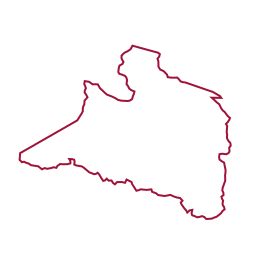 Altamira do Maranhão, Maranhão, Brazil, rotated 276°
{"feature_id": "56859067B15453031622784", "entity_name": "Altamira do Maranhão", "entity_type": "district", "adm_level": 2, "iso_a3": "BRA", "parent_name": "Brazil", "parent_adm1": "Maranhão", "projection": "robinson", "projection_center": [-45.508, -4.137], "detail": "fine", "context": "isolated", "style": "outline", "palette": "rose", "viewbox_px": 256, "rotation_deg": 276, "n_neighbors": 0, "source": "geoboundaries", "source_scale": "gbopen_adm2", "svg_char_len": 2687}
<svg xmlns="http://www.w3.org/2000/svg" viewBox="0 0 256 256"><g transform="rotate(276 128 128)"><path d="M170.1,80.1L167.2,79.9L165.4,80.9L163.2,82.0L160.8,81.1L158.7,81.2L156.6,83.0L154.3,84.5L150.6,81.9L147.0,82.1L144.7,81.2L142.1,81.0L140.2,81.3L138.2,80.7L130.3,76.8L126.3,71.3L102.3,38.0L101.0,36.3L96.3,29.7L95.1,28.0L93.1,25.3L91.8,23.4L85.0,23.5L82.9,26.1L83.6,28.1L82.9,29.9L82.2,33.1L80.9,35.3L80.5,42.8L77.9,46.8L79.4,49.2L79.0,52.1L80.2,55.9L81.2,58.2L80.9,60.9L82.7,61.6L85.1,64.2L85.1,66.9L85.7,71.6L86.8,74.4L89.1,74.2L91.0,72.8L91.2,75.3L90.9,77.7L89.1,78.4L86.0,78.4L85.3,80.9L85.0,86.0L83.7,88.5L79.9,94.1L79.3,96.5L78.5,99.0L79.1,101.0L80.3,102.5L78.9,104.1L75.4,106.7L72.8,108.9L73.6,110.8L75.4,112.1L73.6,114.3L74.1,117.1L71.8,118.9L70.6,120.9L73.1,122.8L73.6,127.6L73.2,130.8L76.6,132.0L74.7,137.1L72.5,138.1L69.2,140.8L66.5,142.9L67.3,145.2L68.3,146.8L68.4,153.1L69.4,157.7L67.1,158.6L66.0,162.7L64.5,165.0L64.3,168.8L64.2,171.5L65.9,177.2L64.8,180.3L64.0,183.8L63.8,187.1L61.4,189.8L59.4,188.3L57.8,189.1L55.9,190.7L53.5,192.9L52.2,194.4L50.1,195.8L52.5,197.9L53.3,200.5L49.8,200.1L47.9,201.0L47.3,203.7L46.4,206.1L47.1,208.6L48.1,210.8L47.4,213.3L45.7,215.3L46.2,218.5L46.7,221.0L47.7,222.6L49.0,225.4L50.3,226.7L51.8,228.3L53.2,229.6L55.2,230.6L57.3,232.6L59.6,231.7L61.2,230.3L63.2,229.9L65.6,230.2L67.7,228.7L69.5,228.1L71.2,230.0L73.7,229.6L75.7,228.3L78.4,228.4L85.7,230.2L88.3,229.9L91.0,229.5L93.8,229.6L96.6,229.4L100.2,228.2L103.6,227.2L104.7,224.8L106.2,222.3L108.8,221.6L111.6,221.8L112.3,224.7L112.1,228.3L113.4,230.4L115.1,231.4L119.1,230.7L121.1,232.0L123.9,231.3L125.2,229.7L126.7,228.4L128.7,227.4L131.8,227.3L134.2,226.6L136.1,226.5L138.1,226.5L140.5,226.4L142.2,225.0L144.3,226.6L146.8,227.9L148.6,228.4L150.3,225.9L154.0,222.5L155.4,220.4L157.4,218.5L159.1,217.6L161.2,216.2L162.8,213.6L164.4,211.6L165.6,210.0L166.9,208.2L167.7,217.6L169.3,216.2L172.7,208.7L178.8,182.3L179.3,180.2L179.3,178.2L179.8,175.5L182.1,173.2L183.3,171.7L182.9,169.0L182.6,165.5L182.7,162.2L185.1,161.3L188.3,157.5L189.5,153.9L192.1,151.9L197.6,151.2L200.1,150.1L202.3,151.6L204.9,151.9L206.0,150.1L210.3,123.8L206.7,122.4L205.1,120.6L203.9,119.0L202.9,117.2L201.2,115.4L199.1,114.0L196.2,114.4L193.2,116.6L191.1,115.8L189.2,113.0L186.8,112.6L184.8,112.5L182.6,112.5L180.9,113.8L180.5,116.4L179.4,119.8L177.8,121.2L175.6,122.0L171.4,122.0L169.5,123.8L167.3,125.1L166.0,127.3L165.0,130.6L162.5,130.3L160.1,129.5L157.2,129.1L155.3,126.7L154.8,124.6L154.5,118.3L154.9,115.2L156.3,112.4L157.7,108.5L159.0,103.6L161.1,100.6L163.2,98.0L164.4,96.2L166.0,95.0L168.2,93.5L168.1,90.9L167.7,88.3L169.9,84.4L170.1,80.1Z" fill="none" stroke="#9f1239" stroke-width="2"/></g></svg>